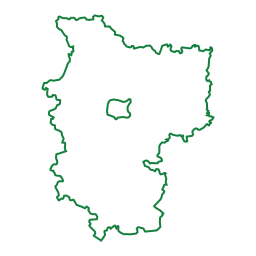 the border of Minsk
{"feature_id": "BLR-2345", "entity_name": "Minsk", "entity_type": "Region", "adm_level": 1, "iso_a3": "BLR", "parent_name": "Belarus", "parent_adm1": "", "projection": "albers", "projection_center": [27.803, 53.681], "detail": "fine", "context": "isolated", "style": "outline", "palette": "green", "viewbox_px": 256, "rotation_deg": 0, "n_neighbors": 0, "source": "natural_earth", "source_scale": "10m", "svg_char_len": 5722}
<svg xmlns="http://www.w3.org/2000/svg" viewBox="0 0 256 256"><path d="M94.8,15.4L98.7,16.4L101.4,15.8L102.2,16.1L103.3,17.5L101.8,20.5L103.2,21.8L104.5,23.7L105.1,26.4L109.8,26.6L111.1,28.5L115.1,32.0L115.2,32.6L114.8,34.3L114.9,34.6L120.0,35.6L122.6,37.3L123.4,38.2L122.7,40.8L122.7,41.1L123.7,42.4L124.1,43.8L125.7,45.2L126.6,46.5L129.4,47.3L130.8,47.3L131.8,46.0L132.7,45.9L133.5,46.3L133.8,48.2L134.1,48.6L140.2,46.9L143.3,47.5L146.0,45.9L149.8,45.5L151.2,46.7L152.8,49.4L155.1,51.0L155.8,52.6L158.1,53.9L159.0,54.0L159.6,53.5L162.3,45.8L166.5,44.4L167.0,44.5L167.9,46.6L168.7,46.2L170.0,44.6L170.7,45.0L171.4,46.5L170.6,48.6L170.6,49.3L170.8,50.4L171.4,51.0L174.7,52.1L176.2,51.0L178.7,51.2L179.3,51.4L179.6,52.9L180.2,53.3L181.7,52.8L182.3,51.5L182.3,51.0L181.3,49.4L181.6,47.8L182.0,47.4L190.0,48.4L191.3,47.9L192.6,45.9L194.6,44.9L195.0,45.0L194.4,45.8L194.4,46.4L194.7,46.6L195.3,46.6L197.7,45.7L198.4,45.9L199.1,47.9L199.2,50.3L199.5,50.6L201.1,50.6L203.0,51.3L205.8,49.5L209.4,50.3L210.2,49.5L210.4,47.4L211.3,47.5L211.9,48.3L212.3,50.6L209.7,53.6L210.6,55.2L210.7,55.8L209.2,58.5L208.7,65.7L208.4,67.2L206.6,70.5L208.7,73.3L208.8,73.9L208.4,74.8L206.4,76.8L206.2,79.3L206.9,80.8L207.6,80.9L209.2,80.3L209.4,81.3L210.9,81.9L211.2,83.5L211.7,84.1L210.0,85.7L210.1,90.8L209.0,91.6L208.8,92.1L209.7,93.7L209.8,95.0L207.9,97.6L206.4,98.9L205.8,100.1L205.8,101.0L206.8,102.8L207.0,104.0L207.0,107.4L207.3,108.2L206.8,109.4L206.9,109.9L208.4,111.0L207.0,113.0L207.5,113.4L208.9,112.7L209.2,113.0L209.0,114.0L207.2,115.3L208.9,115.7L209.7,116.4L211.4,116.3L212.3,117.0L213.4,117.3L213.1,118.2L211.9,119.7L209.7,120.8L209.3,121.3L209.6,121.9L211.0,122.5L210.9,123.1L209.7,123.9L209.2,125.2L208.8,125.4L208.3,125.3L207.4,124.2L206.5,124.3L203.8,127.5L199.9,129.8L198.4,129.8L197.3,128.8L195.5,128.4L194.5,128.9L192.5,131.2L192.4,132.1L193.1,134.2L192.4,135.5L191.8,135.9L186.7,136.6L186.8,139.4L187.3,141.1L186.9,141.5L184.8,141.5L184.1,141.0L182.6,138.1L183.1,136.2L182.8,135.5L181.4,136.4L180.1,135.1L179.2,135.1L178.0,135.8L173.4,135.0L170.7,133.6L170.0,133.7L169.3,134.8L169.8,137.3L169.5,138.2L168.8,138.9L166.6,139.5L167.9,140.2L168.0,140.7L165.8,141.7L164.7,142.6L161.9,142.5L160.4,144.2L159.3,146.2L159.4,149.4L159.3,152.6L158.9,153.5L157.5,154.9L157.3,155.8L157.9,156.6L160.9,157.9L162.0,160.1L161.8,161.0L158.5,161.8L157.7,163.1L157.2,163.3L151.3,163.0L150.1,163.5L148.2,161.3L146.6,160.5L145.1,160.8L143.4,161.8L144.9,165.9L148.6,167.2L150.6,169.7L152.8,170.1L155.2,171.2L156.3,169.1L158.4,169.3L159.2,170.7L159.7,173.1L160.5,174.3L162.4,174.1L164.0,173.1L165.3,173.0L165.7,173.4L165.0,174.7L166.3,178.5L165.7,182.3L166.6,184.7L164.3,184.8L163.3,187.5L162.3,189.3L162.5,189.8L164.2,191.0L164.1,192.3L162.2,194.6L161.3,197.9L160.1,199.9L154.1,206.1L155.2,207.4L160.3,210.6L163.3,213.4L162.3,214.5L162.6,215.2L162.4,215.5L160.1,217.5L159.8,221.8L160.3,226.0L160.2,227.2L156.8,230.4L145.4,231.6L145.0,231.4L143.4,228.5L138.4,227.2L137.6,227.6L136.8,228.4L136.7,228.9L137.4,230.4L137.5,232.3L136.0,233.6L129.6,234.4L127.9,234.1L123.8,234.2L120.5,232.6L118.6,231.0L118.3,230.2L118.4,226.6L118.2,226.1L117.2,226.3L116.3,228.2L114.9,225.5L114.6,225.5L110.6,228.7L109.8,227.3L108.4,227.3L107.7,227.9L106.8,230.5L104.7,230.8L104.5,231.1L104.5,232.5L105.1,234.5L104.5,235.9L101.2,240.6L93.8,235.8L95.2,233.5L95.2,232.7L94.8,231.4L90.3,227.0L89.3,225.4L90.3,224.4L90.6,223.7L89.2,221.9L89.6,220.2L90.0,219.8L96.9,219.2L97.2,218.0L97.2,216.7L96.0,214.6L95.4,214.2L92.7,214.2L90.5,213.6L88.5,210.5L88.4,209.7L88.8,208.8L88.7,208.0L86.9,206.6L86.4,206.6L85.4,208.0L84.6,208.2L82.3,206.9L76.6,204.9L73.7,199.9L73.1,199.7L71.4,200.3L70.0,200.0L69.6,199.5L69.5,198.0L69.1,197.1L66.3,195.5L64.1,195.8L63.2,198.6L61.1,198.7L59.1,200.4L58.6,200.2L57.0,197.5L57.2,196.8L58.7,195.6L58.9,195.0L58.1,192.0L56.0,188.3L55.5,187.3L55.4,186.2L56.7,185.2L57.6,182.8L58.4,181.7L59.9,181.2L62.7,181.4L62.9,181.2L62.9,180.2L62.0,178.1L60.3,176.0L56.2,175.5L55.2,175.0L54.9,174.4L54.7,172.9L53.7,172.1L53.4,170.7L51.4,170.6L50.5,170.0L50.4,169.3L51.8,166.2L53.0,164.9L53.9,164.3L56.3,164.3L57.1,163.5L57.2,160.9L56.0,158.3L56.3,154.4L66.1,151.2L65.2,149.8L64.8,148.0L65.2,144.1L65.1,143.1L64.6,142.7L62.4,142.7L62.6,141.3L63.3,139.8L63.6,138.5L62.0,135.2L61.7,132.7L61.1,131.8L59.0,130.6L55.5,129.3L55.0,128.4L54.9,125.4L52.7,124.9L51.1,123.6L50.7,122.8L51.0,119.4L51.2,119.0L52.9,118.9L53.7,117.4L49.9,115.4L49.0,114.6L48.9,114.1L49.1,111.9L49.6,111.1L55.0,109.0L55.9,107.9L57.2,105.1L59.4,104.4L60.0,103.1L60.2,100.4L59.9,100.0L57.0,99.8L56.3,98.8L55.8,96.1L55.3,95.3L52.8,95.0L52.5,95.3L52.4,96.4L51.9,96.7L48.4,96.9L47.4,95.5L47.1,94.3L47.4,90.7L47.7,89.0L46.0,87.9L45.6,88.2L45.1,89.7L44.6,89.7L42.9,88.9L42.6,88.6L42.6,88.0L43.1,85.9L44.3,83.0L46.6,83.0L49.8,80.4L50.7,80.2L53.7,80.7L59.3,79.7L62.5,76.6L64.1,73.6L67.9,63.4L69.7,61.4L69.9,58.4L69.0,56.6L68.6,54.1L69.0,53.9L71.2,55.2L71.6,54.5L71.8,51.8L73.2,51.6L73.5,50.8L73.0,48.9L73.2,46.5L71.0,47.1L69.2,46.2L68.8,45.6L68.6,44.4L66.7,40.2L66.6,39.5L66.9,37.8L66.7,36.5L64.8,35.4L61.2,29.9L59.1,29.2L57.3,27.3L56.9,26.6L57.0,23.5L56.0,21.1L58.3,19.2L58.5,18.8L58.3,17.8L58.5,17.0L59.4,16.5L62.7,18.1L66.8,18.2L68.6,19.3L69.8,19.0L70.8,17.8L73.9,17.8L74.7,18.2L75.8,19.8L76.3,20.1L77.5,19.7L79.5,18.3L84.5,17.5L85.3,17.8L86.4,19.5L88.7,19.9L93.2,19.4L93.4,18.9L93.1,16.8L94.8,15.4ZM126.7,117.7L128.9,117.2L130.3,115.1L129.8,113.0L128.1,111.7L127.5,108.9L127.7,106.8L129.1,104.2L130.6,102.5L130.5,99.5L129.1,99.1L126.4,101.2L124.4,101.9L123.1,101.9L119.0,100.4L113.8,99.5L110.7,100.1L109.1,101.2L107.9,103.9L107.1,109.9L107.1,112.5L107.7,114.8L109.7,115.3L114.4,117.2L115.3,118.9L116.4,119.3L117.8,117.6L123.1,117.0L126.7,117.7Z" fill="none" stroke="#15803d" stroke-width="2"/></svg>